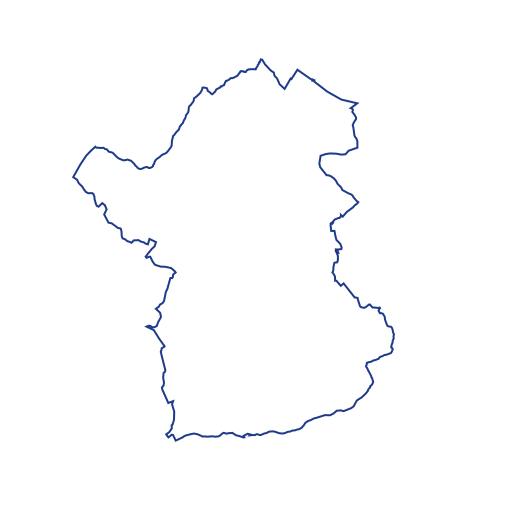 Pietrari, Dâmbovita, Romania, rotated 246°
{"feature_id": "2599482B3924685478065", "entity_name": "Pietrari", "entity_type": "district", "adm_level": 2, "iso_a3": "ROU", "parent_name": "Romania", "parent_adm1": "Dâmbovita", "projection": "albers", "projection_center": [25.294, 45.097], "detail": "fine", "context": "isolated", "style": "outline", "palette": "blue", "viewbox_px": 512, "rotation_deg": 246, "n_neighbors": 0, "source": "geoboundaries", "source_scale": "gbopen_adm2", "svg_char_len": 6103}
<svg xmlns="http://www.w3.org/2000/svg" viewBox="0 0 512 512"><g transform="rotate(246 256 256)"><path d="M402.4,121.1L398.4,123.6L395.5,123.6L394.1,123.9L390.0,125.5L386.1,126.0L383.4,126.8L381.5,128.4L380.1,131.9L378.7,132.7L376.0,132.5L373.4,131.6L368.5,130.9L366.3,131.1L365.1,132.2L366.8,137.1L363.8,138.6L359.4,138.5L355.7,134.2L346.5,134.8L344.5,137.5L337.6,141.4L336.6,143.1L335.5,143.6L332.8,143.0L328.7,141.4L326.3,141.3L324.7,143.1L321.8,144.5L320.4,146.3L318.7,147.7L320.0,150.5L318.3,155.1L316.2,156.5L313.8,159.3L312.4,160.0L310.6,162.0L314.9,165.6L309.4,170.3L306.0,167.2L304.9,163.8L301.9,157.8L300.6,155.7L300.4,155.0L298.9,155.2L298.7,158.7L298.3,159.1L292.8,159.3L289.0,160.2L285.0,164.7L283.2,168.5L279.5,173.6L275.1,175.6L273.6,175.9L272.8,172.8L270.7,171.5L269.9,170.6L270.7,168.8L262.2,161.8L259.7,158.9L252.3,153.7L250.9,151.4L250.7,148.6L249.2,146.6L248.5,143.1L243.1,145.3L238.9,144.4L235.3,139.6L232.4,136.9L232.3,134.0L233.3,131.9L235.0,131.2L235.9,129.7L236.0,127.3L229.9,132.5L219.3,134.0L210.7,135.8L210.4,135.4L210.1,132.4L208.1,131.0L207.2,130.0L188.4,126.7L187.2,125.7L186.9,124.1L182.4,121.6L177.8,120.5L175.2,118.8L174.2,116.6L172.1,116.1L157.4,116.1L157.1,121.2L154.7,119.0L147.1,118.0L139.8,114.5L135.7,111.0L135.7,110.1L132.8,109.0L130.4,105.2L129.6,101.4L125.9,102.2L127.0,106.4L126.2,107.4L120.0,107.6L120.2,115.5L120.6,117.0L120.6,118.8L119.9,123.2L119.1,127.0L117.0,130.0L113.8,133.0L112.8,133.6L112.7,134.2L111.9,136.1L110.9,137.7L108.9,143.1L107.5,145.2L106.4,148.6L106.6,150.1L107.6,153.2L107.6,154.6L105.6,157.0L105.1,159.7L104.5,160.8L104.1,162.4L100.4,164.8L97.8,168.1L95.4,170.6L95.1,171.6L96.8,171.6L97.0,176.1L95.2,178.3L94.7,177.3L94.1,179.3L92.8,182.3L93.0,183.9L92.8,184.5L91.1,186.4L90.7,187.1L90.5,187.7L90.5,191.4L90.0,193.4L90.2,196.0L89.9,197.6L88.6,200.8L86.2,203.6L85.3,204.3L84.5,205.5L83.2,207.6L82.5,210.0L82.4,213.8L81.8,215.4L81.7,218.4L80.9,220.5L80.7,223.1L80.3,224.8L80.4,227.2L80.6,228.2L81.2,229.1L81.7,230.5L83.5,233.2L84.1,236.4L83.8,239.2L84.0,241.5L84.0,243.7L83.7,244.4L82.6,254.3L80.4,258.8L80.6,262.8L81.8,266.8L80.7,270.0L80.4,270.8L78.9,272.5L78.6,273.5L78.3,280.9L78.9,284.0L83.0,289.4L83.9,295.2L85.8,300.5L87.2,303.2L88.2,304.1L89.2,305.7L89.6,306.9L90.6,307.3L91.3,309.7L93.2,311.8L97.2,312.4L98.2,312.1L99.0,312.4L104.8,312.1L105.5,311.9L107.8,312.0L110.5,311.6L112.1,313.2L113.3,313.8L113.1,316.1L112.6,318.0L112.6,319.0L112.9,320.2L112.4,322.8L112.3,326.5L113.0,327.3L113.3,328.5L113.1,330.9L113.3,333.2L112.9,334.4L112.6,337.0L112.5,340.1L115.0,342.9L116.4,343.0L117.1,342.4L118.7,343.0L120.5,344.6L120.9,345.2L123.1,346.5L124.7,348.3L126.8,349.0L128.4,350.2L129.9,350.1L133.6,350.9L135.5,350.9L136.4,350.6L137.6,348.7L138.6,347.7L139.5,347.6L145.3,348.0L147.9,348.8L149.0,348.8L151.7,348.4L153.2,346.7L153.3,346.0L156.1,345.7L157.3,346.9L157.9,348.1L158.5,348.1L158.9,346.4L160.7,343.4L161.3,341.9L161.6,341.5L165.4,340.3L165.7,339.5L164.6,335.3L164.7,333.9L165.4,332.5L166.9,330.9L167.9,330.6L175.1,331.4L176.3,331.8L177.5,330.3L177.9,329.3L195.3,324.9L194.3,321.3L200.7,319.4L201.2,318.2L205.2,319.8L208.1,319.6L209.9,319.1L211.0,320.4L212.4,321.3L213.7,321.8L217.7,324.6L218.0,325.1L217.2,327.5L217.9,328.3L219.3,329.3L222.8,330.9L225.9,331.0L225.3,332.5L227.0,332.6L227.9,330.9L229.6,331.6L228.6,333.5L227.6,336.8L228.9,337.7L232.8,337.9L238.0,336.0L242.1,336.7L247.0,337.9L248.3,334.9L253.6,336.6L253.8,336.8L255.1,337.3L255.2,337.9L254.4,338.8L254.6,339.1L255.4,338.7L255.3,339.9L255.9,339.8L257.3,342.8L257.2,346.6L256.7,347.7L257.1,348.3L257.5,349.5L258.1,350.0L258.9,350.3L256.7,351.2L259.4,357.1L261.0,364.4L262.1,366.8L262.8,369.9L263.6,371.3L265.4,370.3L270.2,368.9L271.8,368.8L273.3,368.2L275.8,365.8L281.2,361.7L284.0,361.7L288.6,359.9L292.5,359.6L295.3,358.7L298.5,356.8L299.9,355.4L301.2,353.5L301.2,353.3L310.9,350.8L314.6,351.4L321.3,355.8L320.7,361.5L319.5,365.5L316.8,371.0L314.0,375.0L312.5,379.2L314.5,383.4L313.7,392.7L319.7,395.3L322.8,395.5L324.3,395.0L325.9,394.9L334.1,397.3L335.7,397.4L336.5,397.8L338.6,400.2L340.3,403.0L341.7,403.7L344.7,403.5L348.4,402.6L350.1,404.0L351.5,403.8L352.5,402.7L354.3,410.6L364.2,397.6L377.1,388.0L391.4,380.3L392.5,380.7L392.4,380.2L392.9,380.2L393.8,379.8L393.1,379.2L393.2,378.8L393.6,378.9L395.2,378.3L395.8,377.7L409.3,369.6L403.2,360.3L404.0,359.8L397.0,350.1L403.4,347.4L408.2,347.5L410.8,347.2L412.2,346.4L413.6,346.3L415.7,346.8L416.6,346.8L417.4,346.1L419.8,344.8L427.3,342.2L432.8,341.5L433.7,340.4L431.4,338.1L431.6,337.5L431.3,337.2L430.4,336.7L429.7,335.3L428.7,334.5L427.4,332.2L426.7,331.8L426.9,330.9L427.6,330.0L429.6,324.9L429.4,324.3L429.4,323.4L429.0,322.4L428.5,322.0L428.3,321.3L428.9,320.1L429.8,319.7L430.3,319.0L430.2,318.5L431.0,317.6L431.1,317.1L430.6,316.6L430.5,316.1L429.9,315.6L429.7,314.6L429.1,314.0L428.2,312.2L428.0,307.7L428.1,306.5L428.8,305.5L428.1,303.1L427.9,300.4L428.2,299.8L427.6,299.2L427.3,298.5L425.1,296.3L425.2,294.6L424.8,293.6L425.3,292.8L424.6,291.8L424.3,287.4L422.8,285.6L422.3,283.9L421.7,282.5L421.6,281.7L423.0,280.8L424.4,280.4L426.6,279.0L428.1,279.4L429.2,279.4L429.9,278.6L431.3,276.5L431.5,275.6L429.8,274.3L428.1,272.1L427.3,270.6L425.8,266.3L425.2,263.4L423.4,262.4L422.2,261.0L421.5,259.4L420.6,258.2L420.2,256.6L419.5,255.4L415.3,252.9L414.0,251.1L413.3,249.6L410.5,247.3L409.5,245.6L407.1,243.1L406.4,241.1L405.9,240.6L405.3,239.1L403.0,237.1L402.7,236.6L401.7,233.8L399.7,230.3L399.6,229.6L399.2,229.0L395.4,226.1L391.1,223.8L390.1,222.6L387.4,217.8L386.5,215.5L386.7,212.7L386.5,211.8L386.4,210.4L385.6,208.2L385.0,204.9L384.3,203.1L383.3,201.7L381.6,200.4L380.9,199.0L379.9,198.4L379.6,197.3L379.5,195.6L379.7,194.4L380.2,193.6L381.6,192.8L381.8,192.1L382.3,189.8L382.1,187.8L382.5,185.7L383.0,185.0L384.0,184.1L384.9,183.6L386.4,183.3L387.3,182.7L389.7,182.2L393.8,180.6L396.4,177.7L396.8,175.1L397.5,173.6L400.8,170.4L402.9,169.2L408.3,167.2L409.5,166.2L410.6,164.5L411.6,163.8L414.0,163.2L415.2,161.6L416.9,160.7L417.7,158.3L419.3,155.6L419.5,154.8L420.2,154.0L421.2,153.6L418.9,147.0L416.6,141.5L411.0,132.7L402.4,121.1Z" fill="none" stroke="#1e3a8a" stroke-width="2"/></g></svg>